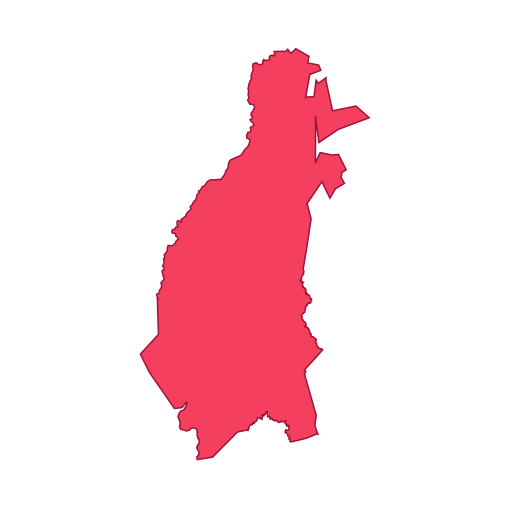 the district of Topia, Durango, Mexico, rotated 281°
{"feature_id": "50627088B76672031961414", "entity_name": "Topia", "entity_type": "district", "adm_level": 2, "iso_a3": "MEX", "parent_name": "Mexico", "parent_adm1": "Durango", "projection": "orthographic", "projection_center": [-106.735, 25.251], "detail": "fine", "context": "isolated", "style": "filled", "palette": "rose", "viewbox_px": 512, "rotation_deg": 281, "n_neighbors": 0, "source": "geoboundaries", "source_scale": "gbopen_adm2", "svg_char_len": 6044}
<svg xmlns="http://www.w3.org/2000/svg" viewBox="0 0 512 512"><g transform="rotate(281 256 256)"><path d="M176.5,339.3L177.3,338.6L176.8,337.3L177.3,336.9L177.5,334.8L178.4,334.7L178.7,333.5L179.2,333.1L182.1,332.0L182.3,331.1L183.5,330.8L184.2,330.8L185.2,331.3L185.7,331.1L185.9,330.3L187.2,328.4L187.5,327.1L187.5,325.7L188.4,325.2L189.6,325.1L190.0,324.9L190.0,323.9L191.7,323.4L192.7,322.6L194.5,321.7L194.9,320.8L195.7,320.4L195.4,319.0L195.8,317.6L196.4,317.4L196.5,317.7L196.4,318.3L197.6,318.6L198.4,318.0L199.4,317.8L200.8,316.1L201.1,315.1L202.2,314.4L202.8,313.4L203.3,313.0L204.1,313.1L204.3,312.7L205.4,312.7L205.5,312.3L205.9,312.0L207.3,312.4L208.6,313.3L209.5,313.5L209.8,313.7L209.8,314.3L210.0,314.5L211.4,314.4L213.2,314.7L214.0,314.4L215.5,314.5L216.5,315.2L217.6,314.8L218.1,315.2L217.9,315.8L218.1,316.0L219.2,316.1L219.9,316.3L220.1,316.7L219.9,317.7L220.3,318.5L220.8,318.7L221.8,318.3L223.8,319.0L224.2,318.9L224.7,318.3L224.7,317.6L224.9,317.1L227.7,315.9L227.4,314.7L228.9,313.6L228.1,312.7L228.3,312.2L229.1,311.9L229.6,312.3L229.9,312.2L230.0,311.4L231.1,311.7L232.8,311.2L232.7,310.5L233.9,310.2L233.9,308.5L234.2,307.9L235.1,308.2L235.6,307.4L236.1,307.4L236.4,307.0L236.8,306.9L238.2,307.0L238.8,307.5L239.0,306.9L239.7,306.5L239.8,305.9L239.3,305.3L239.9,304.3L240.6,304.3L240.5,304.9L240.9,305.1L243.2,304.7L245.5,305.1L246.4,305.5L246.6,305.9L247.9,306.2L248.1,305.8L248.5,305.7L249.9,306.0L252.0,304.8L275.2,304.2L302.9,303.0L316.3,296.6L316.6,295.9L341.5,306.5L326.9,317.5L337.2,321.2L344.2,328.9L349.7,324.3L352.2,324.6L353.0,324.5L353.9,324.0L354.4,324.3L355.7,326.1L356.7,326.6L357.4,327.7L357.9,328.0L371.4,317.6L369.6,311.2L369.8,299.3L358.8,296.5L402.1,288.4L405.1,287.5L379.4,296.1L396.0,312.6L413.3,340.7L421.0,327.7L422.2,325.3L413.1,303.5L441.7,291.1L444.3,290.7L437.4,284.2L440.0,281.5L423.5,282.5L421.5,274.7L421.2,274.4L444.7,274.2L444.6,274.4L450.7,284.2L455.4,281.1L455.4,270.0L462.1,269.9L467.1,255.5L465.9,255.0L465.2,254.0L464.0,253.6L463.3,252.7L462.4,252.1L462.1,250.4L463.0,249.5L464.3,248.8L464.9,247.3L463.7,247.1L462.4,245.7L462.1,244.6L462.0,242.3L461.2,240.2L461.3,238.3L460.6,237.5L460.3,234.8L458.4,235.5L457.9,235.9L456.3,236.1L455.8,235.7L456.5,234.5L456.0,234.0L455.6,231.9L453.4,231.1L451.2,231.8L450.2,229.7L449.8,227.7L450.3,226.0L448.2,225.4L446.8,226.1L445.2,225.2L444.3,221.8L445.2,220.8L445.7,219.0L444.5,217.8L444.4,216.7L442.0,216.3L438.7,217.6L437.4,217.6L435.4,217.1L432.5,216.8L430.7,217.0L429.7,217.9L426.6,216.8L423.5,216.3L418.6,216.3L416.4,217.4L414.7,217.3L412.0,217.7L410.0,219.0L407.4,218.0L403.8,221.1L404.3,223.2L403.5,225.4L401.9,226.3L397.5,225.2L395.6,224.1L393.0,224.4L391.9,226.2L390.2,225.8L389.3,225.1L388.7,224.2L387.3,225.3L386.7,226.7L385.5,227.9L385.6,228.5L384.2,228.8L382.8,227.9L380.9,225.8L378.3,227.1L376.7,227.0L375.8,224.4L372.5,223.8L370.0,224.5L369.0,227.9L366.6,228.1L361.9,227.2L359.3,225.3L357.6,224.4L352.6,222.4L350.8,220.4L345.8,213.0L343.7,211.8L340.7,211.3L338.2,211.9L335.9,211.2L333.8,210.1L330.2,209.7L324.5,207.1L324.2,205.0L323.4,203.4L322.0,196.6L319.7,194.0L315.0,192.1L313.6,189.8L310.3,189.1L308.9,187.2L307.4,187.9L304.7,186.4L300.0,186.2L297.0,184.2L294.0,183.5L292.2,182.1L291.4,182.1L290.2,183.1L289.2,183.0L285.5,180.2L284.3,180.0L283.0,179.3L282.0,179.6L281.3,179.4L281.2,178.9L280.0,177.8L279.6,177.2L278.8,176.8L277.6,175.6L276.6,175.5L275.6,176.2L275.6,176.4L275.0,176.3L275.1,174.7L276.0,172.8L275.6,172.3L274.8,172.0L271.8,172.5L270.8,173.8L270.3,173.9L269.1,171.9L268.3,171.5L266.6,171.1L266.3,169.6L265.4,168.8L264.0,168.7L263.2,168.9L262.6,169.6L262.4,170.2L262.8,171.9L262.3,172.9L260.6,173.3L260.2,173.7L260.2,174.3L258.4,176.2L257.7,176.6L257.2,176.4L256.7,175.6L255.9,174.9L254.8,174.5L253.3,174.4L250.4,172.1L249.8,171.1L249.7,170.2L249.9,169.2L249.7,168.2L249.2,167.6L247.1,167.4L245.7,167.7L245.0,168.1L241.8,166.9L240.5,166.0L239.9,165.8L239.3,165.8L237.3,166.8L236.5,166.7L235.9,165.9L235.1,165.9L233.5,166.7L231.6,167.1L228.2,166.2L227.8,166.6L227.5,167.7L226.9,168.1L224.7,168.0L224.4,167.4L223.4,166.6L220.7,167.8L220.1,168.5L219.0,168.4L218.0,169.0L216.8,170.0L215.7,170.3L211.9,167.9L210.7,168.1L209.8,168.9L208.1,169.1L205.6,168.7L203.8,167.7L203.1,167.7L201.6,168.3L200.7,167.5L200.0,166.1L198.6,165.9L195.7,167.8L195.8,167.2L160.4,175.2L137.6,161.2L121.3,173.7L90.8,205.0L93.0,212.2L99.3,215.6L97.3,216.4L92.4,215.0L91.4,214.6L90.6,213.9L90.0,212.9L89.7,211.9L87.6,210.7L83.5,210.0L78.7,213.0L76.2,213.6L74.3,213.3L71.7,214.8L71.0,221.3L72.3,223.8L74.5,225.4L75.1,226.4L75.3,227.7L75.2,229.3L75.0,230.1L73.7,231.5L68.3,232.6L65.7,233.9L65.3,235.1L61.3,236.0L59.6,234.9L56.5,234.3L52.1,237.8L49.7,237.6L47.4,236.2L44.9,237.2L50.3,251.8L79.6,271.3L83.4,280.2L83.1,281.4L83.5,281.5L84.0,281.2L84.6,281.3L85.1,282.0L85.9,282.0L87.1,281.6L89.0,282.7L89.9,284.6L90.7,284.8L91.0,284.2L91.8,284.3L91.7,284.9L91.2,285.5L91.4,286.2L92.5,286.2L93.0,286.5L93.1,287.1L93.5,287.5L94.4,287.8L95.4,288.4L96.1,288.6L96.7,288.2L97.4,288.2L97.6,288.5L97.9,289.6L97.4,290.5L97.9,291.2L97.0,292.1L96.7,293.0L97.3,293.1L97.8,292.8L98.0,292.4L98.9,292.7L99.3,293.3L99.7,293.2L101.0,292.1L101.4,292.4L101.4,292.9L101.0,293.5L100.7,293.7L100.8,294.3L102.0,294.1L102.2,294.3L102.1,295.0L102.3,295.3L104.7,295.5L105.2,296.1L105.3,296.6L100.4,298.1L100.9,299.9L100.0,301.0L99.0,300.5L98.6,300.9L98.8,301.7L99.4,302.5L99.5,302.9L98.5,303.6L97.7,305.9L98.8,307.4L98.5,308.0L97.8,308.4L97.3,309.0L97.0,310.5L97.4,311.4L98.8,312.1L98.3,313.4L98.3,314.3L98.8,315.4L99.9,316.4L99.9,316.8L97.3,316.5L96.8,316.9L96.6,318.0L96.3,318.5L95.9,318.7L95.2,318.3L94.9,318.4L94.8,318.8L95.9,320.7L95.8,321.0L95.4,321.2L94.4,320.8L93.1,321.4L91.4,321.0L90.7,320.4L91.1,318.9L91.1,318.5L89.6,318.1L88.5,318.2L88.2,318.6L87.9,319.8L87.2,321.1L85.4,321.6L85.3,321.9L85.5,322.7L85.1,323.8L84.2,323.8L83.5,323.0L82.9,323.0L82.5,323.5L82.3,324.7L80.9,324.5L80.1,325.7L86.8,340.4L93.1,349.9L92.9,350.8L100.6,346.2L111.1,345.5L148.6,326.5L152.5,326.8L153.1,325.1L176.5,339.3Z" fill="#f43f5e" stroke="#9f1239" stroke-width="1.5"/></g></svg>